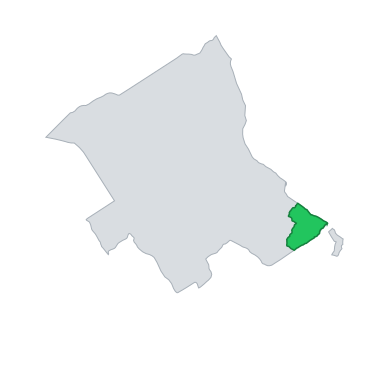 where Zaire sits in Angola, rotated 147°
{"feature_id": "AGO-1882", "entity_name": "Zaire", "entity_type": "Province", "adm_level": 1, "iso_a3": "AGO", "parent_name": "Angola", "parent_adm1": "", "projection": "robinson", "projection_center": [13.603, -6.817], "detail": "fine", "context": "in_parent", "style": "filled", "palette": "green", "viewbox_px": 384, "rotation_deg": 147, "n_neighbors": 0, "source": "natural_earth", "source_scale": "10m", "svg_char_len": 6213}
<svg xmlns="http://www.w3.org/2000/svg" viewBox="0 0 384 384"><g transform="rotate(147 192 192)"><path d="M296.3,185.1L296.6,187.7L296.9,191.2L297.2,193.8L297.4,194.9L297.5,195.5L297.2,196.2L297.0,197.7L296.5,199.1L296.2,200.0L296.4,201.8L296.0,206.9L295.9,209.5L296.5,214.0L296.4,215.4L294.9,219.6L294.5,221.7L294.4,222.8L295.9,225.9L295.8,226.5L294.7,226.7L293.7,226.8L261.8,226.8L261.3,280.0L261.3,284.6L262.2,290.6L264.0,297.1L264.8,297.7L266.6,298.9L269.2,301.4L270.7,303.2L273.7,306.5L277.6,310.6L284.7,317.5L260.5,322.7L251.2,324.6L250.4,324.5L249.0,323.8L246.1,323.7L242.6,324.7L239.8,324.9L237.7,324.5L235.7,323.6L233.8,322.3L230.4,321.9L225.6,322.2L221.0,322.0L216.5,321.1L213.3,320.8L211.4,321.0L209.3,320.7L207.1,320.0L205.3,318.7L203.1,316.1L201.4,313.6L200.9,313.3L200.4,312.9L199.9,312.8L190.3,312.7L132.0,312.6L125.2,313.0L124.7,312.9L123.9,312.6L123.3,312.0L121.4,310.6L119.7,309.5L117.5,307.7L116.0,305.8L114.8,305.1L112.6,304.8L110.9,304.4L109.6,304.3L107.3,305.3L105.5,306.2L104.2,307.1L102.0,308.1L100.2,309.1L97.0,309.0L96.3,309.2L94.5,309.1L92.8,308.2L91.1,308.3L89.2,309.4L86.5,309.9L87.1,302.5L87.7,299.2L87.7,295.3L87.3,285.2L86.9,283.8L86.5,282.1L88.2,280.9L89.1,279.9L90.2,278.3L91.0,275.9L92.0,270.7L95.5,258.8L97.2,247.1L99.3,241.5L100.1,235.3L106.1,227.3L107.5,222.3L110.6,219.9L115.0,217.4L118.1,212.8L119.6,209.6L121.3,203.5L121.3,197.2L122.4,188.7L122.1,186.2L120.5,182.9L120.2,180.4L118.7,178.1L117.1,176.3L116.3,173.1L113.5,168.0L112.7,164.7L111.4,162.2L111.2,159.3L110.5,156.1L109.1,153.0L107.8,149.4L107.8,148.3L108.6,147.0L109.4,146.5L109.1,147.2L108.6,148.0L108.7,148.6L114.0,142.4L114.3,141.1L114.1,139.8L114.1,138.1L114.3,136.2L109.4,124.6L105.4,113.9L104.7,108.5L99.5,101.4L97.5,96.7L96.3,93.5L95.4,92.2L95.7,91.6L97.1,91.5L100.1,90.7L104.2,89.9L107.9,88.0L108.9,87.2L111.0,87.0L113.0,87.5L113.7,87.1L114.2,87.1L119.0,87.1L121.0,87.0L124.6,87.0L127.0,87.2L128.3,87.4L131.9,87.7L136.4,87.6L137.9,87.5L143.8,87.4L154.8,87.1L160.5,87.2L164.9,87.2L167.0,87.9L168.8,89.1L169.6,90.3L170.0,90.8L170.5,92.0L171.5,93.0L171.9,94.5L171.6,96.6L171.7,99.0L172.3,101.9L173.5,104.9L175.3,108.1L176.1,110.6L175.9,112.4L176.4,114.4L177.8,116.5L178.8,117.6L179.4,118.4L180.9,121.6L185.9,130.4L186.7,130.9L187.8,130.7L190.1,130.3L192.4,130.3L194.0,131.0L194.7,130.9L197.2,129.4L199.7,128.9L202.2,128.3L203.6,127.7L205.2,127.7L209.4,128.9L210.2,129.0L213.6,129.0L217.0,128.3L217.5,123.2L217.5,122.2L218.4,120.3L219.4,118.6L219.6,117.0L219.5,114.8L220.3,112.2L222.6,110.1L226.3,109.1L228.4,108.9L231.7,108.3L236.7,107.7L238.6,107.8L238.7,108.1L237.7,111.7L237.6,112.9L238.0,114.1L238.9,114.8L248.9,114.9L258.6,115.3L259.1,115.5L259.5,115.8L260.1,117.6L260.0,121.1L259.0,126.3L259.3,131.1L261.0,135.6L261.1,142.5L259.7,151.8L259.4,157.7L260.2,160.1L261.7,162.7L264.1,165.4L266.0,168.8L267.3,173.1L267.7,175.8L267.4,176.9L267.4,178.8L267.8,181.6L267.3,183.4L266.0,184.3L265.5,185.5L266.2,187.9L266.3,190.0L267.2,191.4L267.8,191.5L269.2,190.7L270.8,189.3L272.1,188.7L273.9,188.8L276.4,189.2L280.9,189.3L282.3,189.1L286.5,187.2L287.6,187.0L289.3,187.2L291.6,187.8L294.0,187.9L295.1,187.3L295.2,186.5L295.6,185.5L296.3,185.1ZM109.0,63.1L108.8,63.4L106.9,64.3L104.8,65.1L102.2,68.4L100.8,69.8L100.4,70.2L99.2,71.0L98.3,71.6L98.3,72.0L98.9,72.4L99.5,73.2L99.5,78.5L99.2,83.9L98.9,84.3L97.2,84.5L94.9,84.8L94.2,85.1L94.0,84.6L93.2,82.6L93.6,80.8L94.1,79.4L93.6,76.6L92.4,74.1L91.2,70.9L90.8,70.3L91.8,69.3L93.4,67.1L94.0,65.9L95.8,65.7L96.5,64.8L97.0,63.5L97.1,62.8L99.2,62.2L101.6,61.1L102.9,59.9L104.3,59.1L105.1,59.1L105.7,59.4L107.3,61.5L108.6,62.8L109.0,63.1Z" fill="#d9dde1" stroke="#a8b0b8" stroke-width="1"/><path d="M124.0,86.7L124.7,86.9L125.1,87.2L125.4,87.3L127.4,87.1L127.8,87.2L128.9,87.6L129.2,87.6L131.0,87.7L132.5,87.7L133.3,87.6L134.4,87.9L135.0,87.9L137.2,87.5L138.1,87.5L138.4,88.3L139.7,90.4L139.9,91.1L140.3,93.0L140.5,93.6L141.4,94.6L141.7,95.0L141.6,95.6L141.0,96.5L140.9,96.6L140.5,97.0L140.4,97.1L139.6,98.4L139.6,98.5L138.9,99.5L138.7,100.0L138.6,100.3L138.4,100.5L137.3,101.1L136.6,101.4L135.6,101.6L134.2,101.6L134.0,101.9L133.6,102.5L133.4,102.7L132.3,103.1L132.2,103.1L131.8,103.1L131.7,103.1L131.4,103.1L131.2,103.1L130.9,103.1L130.7,103.2L130.0,103.8L129.8,104.1L129.7,104.3L129.6,104.5L129.4,104.8L129.3,105.0L129.2,105.6L127.5,106.6L126.5,106.9L125.8,107.1L125.2,107.4L125.0,107.6L124.9,107.6L124.8,107.8L124.7,107.9L124.5,108.1L124.4,108.1L124.2,108.4L124.0,108.6L123.9,108.6L123.6,108.7L122.7,108.7L122.3,108.7L121.8,108.8L121.5,109.0L122.0,110.0L122.5,111.5L122.8,112.1L123.1,112.5L123.5,112.8L123.7,113.2L123.7,113.6L122.9,115.0L122.7,115.5L122.7,116.2L123.2,117.4L123.5,117.9L124.1,118.5L124.2,118.8L124.3,119.1L124.2,119.3L123.9,119.5L123.6,119.9L123.4,120.0L123.2,120.0L122.8,120.0L122.7,120.0L122.4,120.2L122.2,120.5L121.9,121.5L121.7,121.6L121.2,121.9L121.1,122.0L120.9,122.1L120.6,122.3L120.4,122.4L120.3,122.5L120.1,122.5L119.5,122.5L119.3,122.6L119.0,122.7L118.8,122.8L118.7,122.9L118.6,123.0L118.4,123.1L116.5,123.7L116.3,123.8L115.8,123.7L115.7,123.7L115.2,123.4L114.8,123.1L114.7,123.0L114.5,122.9L114.4,122.9L113.7,123.1L113.3,123.3L113.1,123.4L112.9,123.5L112.8,123.8L112.7,123.9L112.6,124.0L112.4,123.9L112.2,123.9L111.5,124.2L111.4,124.3L111.1,124.5L110.8,124.6L110.4,124.7L109.5,124.9L109.4,124.9L107.5,120.1L106.7,117.9L106.3,115.9L105.8,115.3L105.5,115.0L105.2,114.6L105.3,113.9L105.2,113.4L104.9,109.5L104.7,108.9L104.7,108.6L104.6,108.4L104.6,108.2L104.8,108.1L104.8,107.8L104.9,107.7L104.3,107.9L104.0,107.7L102.7,105.7L101.2,104.2L100.0,102.2L98.4,98.9L97.8,97.3L97.4,96.2L96.9,95.4L96.5,94.8L96.0,94.1L95.4,92.7L95.3,92.0L95.5,91.7L95.9,91.6L96.3,91.3L96.2,91.6L96.1,92.2L96.5,92.2L97.1,92.0L98.0,91.9L99.1,91.7L99.6,91.3L100.0,91.1L100.5,91.0L101.4,90.5L101.7,90.4L102.1,90.4L102.4,90.5L102.9,90.7L103.3,90.8L103.8,90.6L104.6,90.4L105.4,90.1L105.7,89.8L106.5,89.4L106.8,88.9L107.2,88.5L107.3,88.1L107.5,87.9L108.0,87.8L108.3,87.7L108.6,87.6L108.9,87.6L109.5,87.7L110.0,87.5L110.7,87.1L110.9,87.0L111.0,87.0L112.4,87.1L113.1,87.3L113.7,87.7L113.9,87.5L114.2,87.1L114.3,87.0L114.9,87.0L116.3,87.0L116.8,87.2L117.0,87.2L117.3,87.1L117.5,87.0L118.8,87.2L121.7,86.9L124.0,86.7Z" fill="#22c55e" stroke="#15803d" stroke-width="1.5"/></g></svg>